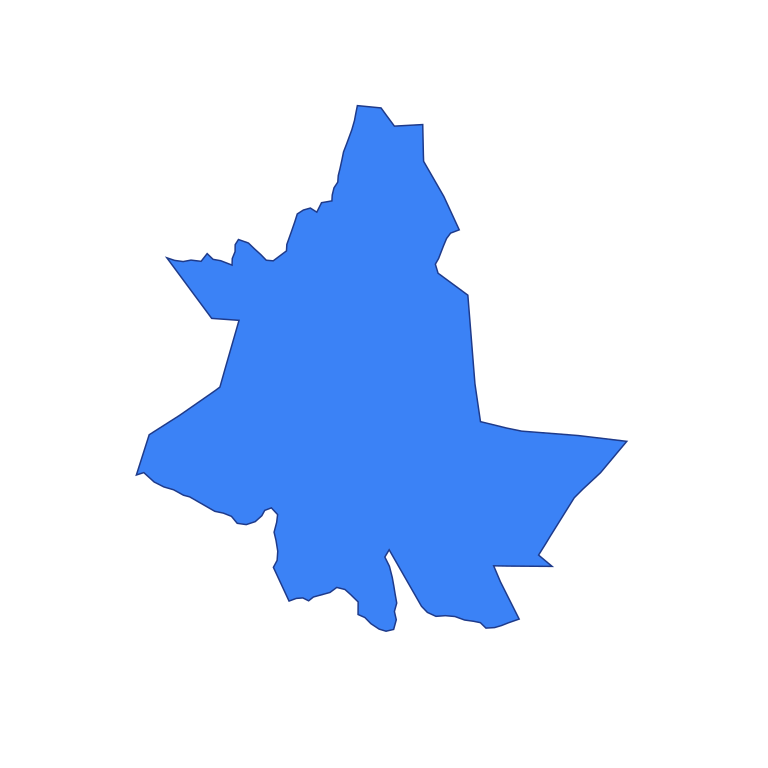 outline of Escada, Pernambuco, Brazil, rotated 307°
{"feature_id": "56859067B6321576756200", "entity_name": "Escada", "entity_type": "district", "adm_level": 2, "iso_a3": "BRA", "parent_name": "Brazil", "parent_adm1": "Pernambuco", "projection": "albers", "projection_center": [-35.273, -8.37], "detail": "fine", "context": "isolated", "style": "filled", "palette": "blue", "viewbox_px": 768, "rotation_deg": 307, "n_neighbors": 0, "source": "geoboundaries", "source_scale": "gbopen_adm2", "svg_char_len": 1899}
<svg xmlns="http://www.w3.org/2000/svg" viewBox="0 0 768 768"><g transform="rotate(307 384 384)"><path d="M354.1,134.6L332.7,206.9L347.6,229.9L300.6,247.9L282.8,254.8L276.7,253.0L235.9,239.6L202.2,227.0L162.3,241.0L168.7,245.5L167.4,259.4L169.3,270.1L172.9,279.6L174.5,290.8L176.9,296.7L178.2,307.1L179.2,315.0L180.5,325.5L184.2,333.4L186.5,341.8L184.4,350.6L188.8,358.6L196.6,364.0L205.3,365.7L211.3,364.8L217.3,368.6L215.7,377.6L209.0,381.5L199.5,385.4L194.0,392.0L186.5,399.8L178.8,404.8L171.0,406.0L153.5,438.8L160.0,443.0L164.3,447.9L165.5,454.3L171.4,455.8L185.0,466.3L193.1,468.7L196.4,476.5L195.8,483.6L194.4,494.5L184.3,502.0L186.0,509.3L184.7,517.8L185.3,527.6L187.8,534.4L193.8,539.4L203.1,535.7L208.6,529.2L216.7,526.0L223.5,518.7L228.3,513.7L234.5,507.0L241.7,498.0L246.3,488.8L254.7,487.9L229.0,547.8L227.7,556.1L229.7,565.3L235.9,572.4L241.0,580.6L244.0,590.4L248.4,598.3L251.4,604.6L250.4,612.3L256.0,618.9L261.8,623.2L268.2,627.1L277.6,633.4L296.1,596.0L304.8,581.0L313.3,592.7L339.5,628.0L340.4,610.4L354.4,609.2L362.1,608.4L407.6,604.4L419.8,606.1L443.4,610.3L471.0,611.7L484.3,612.4L459.7,570.1L429.2,522.3L422.5,508.2L412.0,483.7L438.9,456.5L505.4,397.5L505.0,360.5L510.6,352.9L517.0,352.1L530.0,348.4L537.9,346.4L544.6,346.4L552.4,351.3L569.8,318.9L585.7,281.6L590.9,277.4L614.5,258.8L596.2,237.1L600.0,224.3L602.7,215.5L590.3,195.2L582.2,199.1L576.8,201.8L567.7,205.3L553.1,209.7L545.0,212.0L537.9,215.4L529.4,219.3L523.0,222.0L517.4,225.6L510.6,226.0L503.8,228.9L498.9,232.2L491.2,225.0L480.8,226.9L480.2,219.3L474.4,214.9L467.6,212.4L460.0,215.1L449.8,218.4L437.0,222.4L431.6,226.0L424.4,223.9L415.7,221.4L412.0,215.5L413.2,207.8L414.0,199.0L415.0,190.9L411.8,180.8L405.7,181.3L400.1,185.4L392.9,187.3L387.5,191.1L384.2,179.4L380.7,172.5L381.7,164.3L371.9,164.1L366.8,155.3L360.9,149.9L356.7,142.4L354.1,134.6Z" fill="#3b82f6" stroke="#1e3a8a" stroke-width="1.5"/></g></svg>